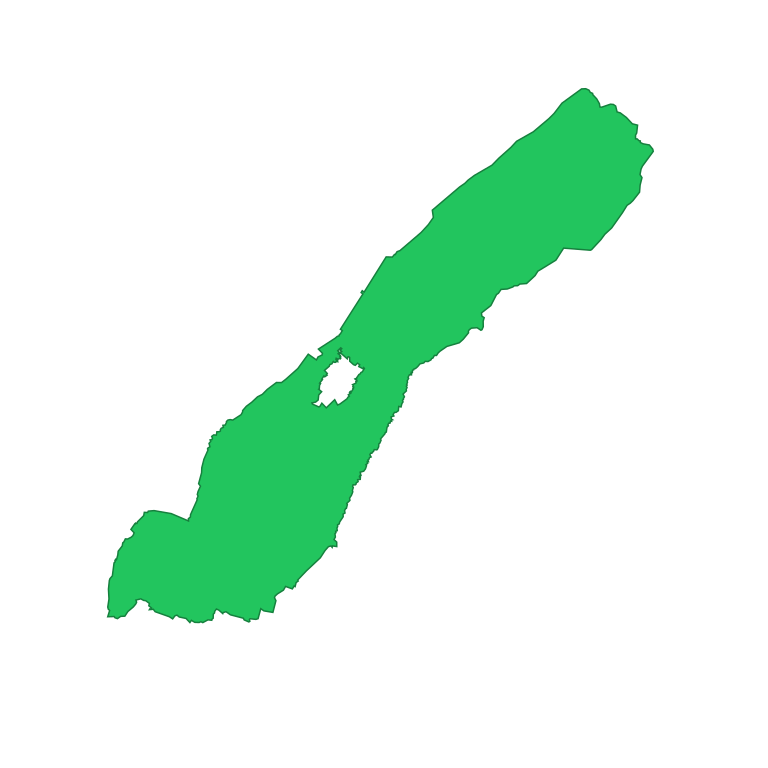 outline of Ucea, Brasov, Romania, rotated 229°
{"feature_id": "2599482B38717766097303", "entity_name": "Ucea", "entity_type": "district", "adm_level": 2, "iso_a3": "ROU", "parent_name": "Romania", "parent_adm1": "Brasov", "projection": "albers", "projection_center": [24.681, 45.719], "detail": "fine", "context": "isolated", "style": "filled", "palette": "green", "viewbox_px": 768, "rotation_deg": 229, "n_neighbors": 0, "source": "geoboundaries", "source_scale": "gbopen_adm2", "svg_char_len": 6087}
<svg xmlns="http://www.w3.org/2000/svg" viewBox="0 0 768 768"><g transform="rotate(229 384 384)"><path d="M477.1,726.7L479.2,702.6L476.6,689.9L476.1,682.6L476.4,662.1L480.2,643.3L479.3,635.1L479.1,618.8L478.3,609.0L482.1,589.2L482.7,581.3L482.4,576.6L483.1,570.3L483.5,534.5L477.3,530.5L475.2,522.1L474.0,511.5L474.2,483.6L475.3,480.7L474.3,477.4L474.9,476.9L474.3,473.6L478.5,469.0L466.4,429.3L468.7,428.8L468.0,426.7L465.8,427.2L453.9,387.0L451.7,387.6L450.5,384.1L450.5,382.6L449.8,381.7L450.6,380.0L450.6,377.2L453.4,357.4L447.6,357.7L446.5,356.3L447.7,352.0L446.5,348.8L456.2,346.4L452.2,329.1L452.0,313.1L452.3,307.6L455.7,303.8L456.5,292.4L456.0,285.4L457.3,280.1L457.0,272.3L457.5,265.5L456.7,259.9L455.7,259.0L454.6,256.0L456.0,246.2L458.1,244.5L459.2,242.5L459.1,240.5L458.4,240.0L457.2,237.3L458.5,235.3L456.6,234.3L457.4,232.2L457.0,230.7L455.8,229.6L456.1,228.4L457.6,226.5L455.4,224.0L457.3,222.1L457.5,219.6L455.7,219.0L454.9,217.7L455.9,216.1L454.3,215.5L454.0,213.0L450.8,211.4L451.2,209.2L450.8,208.2L449.7,208.0L445.4,198.8L440.4,191.6L436.7,188.1L430.4,178.7L427.3,178.5L424.9,173.2L423.1,170.6L421.4,170.2L420.1,167.4L419.2,167.1L412.3,152.2L410.6,150.6L410.7,148.0L408.9,146.6L425.8,138.4L439.3,127.4L442.7,122.7L442.1,121.3L444.4,118.9L442.3,116.3L441.7,107.6L440.9,106.0L442.0,105.3L441.6,104.5L442.0,104.3L440.3,97.6L435.6,97.8L434.3,95.1L434.2,92.8L435.2,88.8L436.8,87.2L435.5,84.1L435.5,82.6L433.5,80.2L432.2,73.7L429.6,70.9L426.9,66.8L427.8,66.5L427.2,65.0L426.2,64.5L426.1,62.9L417.4,53.1L416.9,49.5L415.9,47.8L410.0,41.5L402.2,35.4L396.9,29.2L395.0,28.2L393.1,28.4L389.6,22.8L385.5,27.8L384.1,27.6L381.8,28.9L381.4,32.8L378.8,36.1L380.3,41.4L380.2,48.5L380.8,52.2L381.6,54.1L383.7,55.0L381.4,59.5L378.4,60.6L376.8,62.0L372.3,63.0L370.9,61.0L367.5,61.6L366.9,60.7L367.9,59.8L367.6,58.9L365.3,62.1L362.3,61.9L349.2,69.3L345.4,70.4L346.2,74.1L345.4,76.1L342.5,76.6L336.9,80.8L331.3,81.0L332.0,83.6L328.3,84.8L325.3,88.0L324.7,89.9L322.8,90.7L321.5,96.4L318.7,99.0L319.3,99.8L319.3,101.4L322.3,104.2L322.4,105.9L323.5,107.1L324.1,109.9L321.7,111.0L316.5,111.7L317.0,112.6L315.8,115.4L310.5,116.7L299.5,124.2L297.7,123.7L293.1,125.9L292.9,127.1L294.5,127.8L294.7,128.9L290.4,132.9L289.5,135.0L295.3,143.6L291.6,144.5L284.5,150.3L291.4,160.3L294.5,161.1L295.4,162.6L295.5,165.9L294.4,172.9L295.8,176.9L289.5,180.4L290.5,183.6L289.4,184.0L291.8,187.4L291.6,190.0L292.7,190.2L293.9,203.0L294.6,221.9L297.0,230.3L297.7,235.4L296.5,237.8L294.7,237.7L295.5,239.0L292.3,241.7L295.7,244.6L299.4,244.2L300.4,246.9L303.2,248.8L303.3,250.2L304.5,250.9L304.0,252.5L306.2,254.0L306.7,255.4L308.2,256.6L307.8,258.5L308.9,259.9L310.6,266.1L312.7,267.8L312.2,269.9L314.3,271.2L315.2,273.3L314.8,274.0L317.1,277.3L318.3,277.5L318.5,281.9L320.5,283.2L321.3,286.3L323.1,289.7L324.5,290.4L326.0,292.9L327.3,293.1L328.2,294.6L326.8,296.0L326.7,297.0L327.6,298.2L327.3,300.4L329.1,301.4L327.6,303.5L329.2,305.1L329.3,304.4L330.1,304.5L330.8,305.8L330.2,306.7L333.1,308.1L331.5,311.5L332.1,314.3L333.8,317.2L335.0,317.4L334.8,319.6L336.2,320.2L335.5,321.3L337.2,321.8L336.9,322.9L338.0,324.8L337.4,326.4L340.0,327.0L340.5,328.6L339.7,329.4L340.2,330.6L339.9,331.7L340.9,333.6L339.0,335.4L339.0,336.1L340.1,338.8L342.2,340.8L342.1,342.0L343.5,344.9L344.8,345.3L345.8,352.0L346.5,353.1L346.2,354.2L349.4,357.9L349.6,359.9L350.6,360.1L351.3,361.8L350.5,362.8L351.7,364.7L350.8,365.3L352.0,366.3L351.6,366.9L352.8,366.6L354.5,367.8L353.4,370.5L355.0,370.9L355.7,373.3L354.7,374.4L354.4,377.3L357.4,380.4L355.5,381.8L357.5,384.7L358.0,386.6L359.6,387.3L359.7,388.7L360.4,389.2L360.9,391.0L363.9,391.8L364.1,396.4L365.4,397.2L366.2,399.1L367.7,399.4L368.0,400.8L368.9,400.8L369.8,402.8L371.2,403.6L372.1,406.3L373.3,406.5L374.3,409.2L373.0,410.6L374.0,411.0L373.6,411.7L374.9,412.2L374.2,413.1L375.7,414.5L375.2,415.8L375.7,416.6L375.0,417.9L375.0,420.7L375.6,424.4L373.8,427.8L374.1,429.9L372.1,431.9L371.4,435.3L372.0,436.6L371.5,437.9L372.5,440.8L371.1,442.4L371.9,445.2L372.0,447.8L371.1,456.1L365.7,467.9L365.8,473.2L367.2,481.4L368.5,482.3L369.0,483.9L368.8,486.6L365.4,491.2L361.0,492.4L360.7,493.6L362.1,496.5L366.4,500.1L368.3,503.1L371.1,502.4L373.7,504.2L373.1,516.1L377.7,527.6L377.4,529.9L378.6,534.4L374.8,539.4L372.7,545.0L372.7,546.7L370.5,549.4L370.3,552.1L366.3,557.5L366.7,569.2L368.2,574.1L364.7,595.0L368.7,608.7L349.6,627.5L349.2,628.8L350.7,642.6L352.1,648.8L352.4,658.2L356.9,676.6L359.4,684.7L358.9,688.4L359.1,692.2L361.1,702.7L366.1,707.8L370.5,714.1L374.1,714.6L377.6,719.1L378.9,722.0L382.9,739.8L384.9,740.9L390.3,741.1L395.3,737.1L398.1,735.9L399.3,736.9L400.5,736.0L402.8,735.9L404.0,734.7L406.8,737.1L407.6,739.3L413.0,745.2L417.5,742.1L426.0,741.8L433.6,740.2L436.4,738.4L441.8,741.2L444.5,740.5L446.6,738.5L450.1,729.9L451.4,728.7L454.3,730.5L459.7,731.6L465.2,731.4L466.5,732.1L468.8,731.0L471.2,731.5L474.5,730.0L477.1,726.7ZM415.8,316.8L417.0,317.2L415.2,320.5L415.1,323.8L418.6,327.6L419.1,331.9L422.9,331.3L422.8,332.0L425.3,334.5L426.0,336.4L426.9,336.0L427.7,340.4L428.5,340.2L429.5,343.9L428.3,344.0L428.0,346.9L429.1,346.9L429.2,348.1L433.3,348.0L433.3,354.3L434.2,355.9L433.4,357.9L434.3,360.5L433.0,360.7L432.0,361.8L432.6,363.1L431.2,363.7L432.5,364.7L434.2,363.9L434.8,364.8L432.8,365.7L432.5,367.2L431.7,367.4L431.9,368.4L433.7,368.8L433.4,369.5L434.2,369.7L437.0,369.2L437.1,370.0L435.9,370.1L435.9,371.1L439.5,370.9L439.7,375.1L438.4,375.3L438.1,373.1L436.3,373.4L436.5,371.9L436.0,371.6L427.1,372.8L428.1,374.2L427.7,375.2L426.6,375.5L423.7,373.1L418.6,373.7L416.9,374.6L417.1,377.7L414.5,378.3L413.7,376.4L409.2,378.2L409.7,379.4L408.6,379.4L407.4,375.6L407.8,374.1L407.3,372.7L407.6,371.3L406.4,366.6L406.9,365.4L406.0,365.4L405.9,367.4L405.8,366.0L404.0,365.7L404.3,364.3L403.2,363.7L403.2,363.0L404.1,360.0L403.4,360.2L402.5,358.8L401.5,359.1L401.2,357.7L400.6,357.8L399.5,354.1L400.4,354.0L400.5,353.3L400.1,352.3L398.9,352.6L399.3,350.0L397.6,349.8L397.7,348.1L397.1,346.3L397.8,337.7L398.6,335.2L404.5,336.5L403.9,324.8L410.3,324.5L409.2,321.0L409.4,319.8L415.8,316.8Z" fill="#22c55e" stroke="#15803d" stroke-width="1.5"/></g></svg>